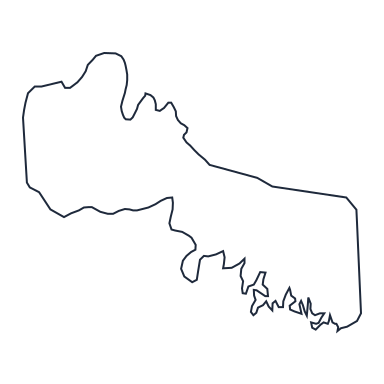 Bagan Datuk, Perak, Malaysia
{"feature_id": "92858781B98858814885559", "entity_name": "Bagan Datuk", "entity_type": "district", "adm_level": 2, "iso_a3": "MYS", "parent_name": "Malaysia", "parent_adm1": "Perak", "projection": "equal_earth", "projection_center": [100.991, 3.877], "detail": "fine", "context": "isolated", "style": "outline", "palette": "slate", "viewbox_px": 384, "rotation_deg": 0, "n_neighbors": 0, "source": "geoboundaries", "source_scale": "gbopen_adm2", "svg_char_len": 2540}
<svg xmlns="http://www.w3.org/2000/svg" viewBox="0 0 384 384"><path d="M104.2,53.0L96.0,55.8L92.8,59.7L87.8,64.9L85.7,71.2L82.1,76.9L77.5,82.2L73.2,85.5L70.0,87.9L67.9,87.9L65.1,87.9L61.5,81.7L41.6,86.5L34.8,86.5L28.0,93.2L25.5,102.7L24.1,109.9L23.0,117.6L26.9,182.6L29.8,187.4L39.1,192.2L50.4,209.4L64.0,217.1L71.1,213.3L78.9,210.4L83.9,207.5L88.9,207.1L91.8,207.1L100.3,211.8L107.8,213.8L113.1,213.8L118.8,210.9L124.9,209.0L129.5,209.4L133.1,210.4L137.0,210.4L148.4,207.5L155.5,204.2L160.8,200.8L166.9,198.0L172.2,197.5L172.9,202.7L172.6,209.4L170.8,216.6L169.4,223.3L171.5,229.5L175.1,230.5L182.2,231.9L189.0,235.8L191.5,237.7L195.7,244.9L195.4,249.7L191.1,252.0L186.5,255.9L182.9,260.7L181.1,268.8L184.3,276.5L192.2,282.2L196.8,279.8L198.2,270.7L200.0,259.7L203.9,255.9L208.2,256.4L216.0,254.4L223.1,251.1L224.6,257.3L223.9,264.0L223.1,268.3L231.7,267.8L239.5,263.5L244.5,258.7L244.5,263.1L241.3,268.8L240.6,276.0L243.1,281.2L242.0,288.4L242.7,293.2L245.9,293.7L248.4,286.5L253.8,284.6L256.3,280.3L260.2,272.1L265.5,272.6L263.4,279.3L262.7,284.6L267.3,288.9L268.0,296.1L265.2,296.1L256.6,290.3L253.8,289.9L254.1,295.6L255.6,299.9L252.0,306.1L250.9,311.9L253.4,315.2L256.3,312.8L258.0,307.6L263.0,305.2L266.2,301.3L268.7,306.6L272.3,310.4L272.6,303.3L275.5,300.9L278.7,307.1L283.0,307.1L283.3,301.3L285.8,294.6L289.4,287.9L290.1,289.9L291.2,295.6L295.1,298.5L295.4,301.3L289.7,305.7L290.1,309.5L294.4,311.4L301.5,313.8L299.4,304.2L301.1,300.9L302.9,305.2L304.7,311.4L306.8,315.7L307.9,303.7L308.3,297.5L310.7,303.7L310.4,309.0L312.2,313.3L315.0,315.2L320.0,313.3L324.3,313.3L321.4,317.6L318.6,322.9L316.1,323.8L311.1,322.4L312.2,327.7L315.7,329.6L320.4,324.8L323.6,322.4L327.8,323.8L328.9,321.0L330.0,315.2L332.5,322.4L335.0,323.8L336.4,323.8L338.2,327.2L337.5,331.0L341.0,328.2L347.1,326.7L357.0,321.0L361.0,313.3L357.0,222.4L356.4,209.7L346.3,197.5L272.3,186.5L257.3,177.9L209.6,164.9L205.0,159.7L198.6,154.4L194.3,150.1L190.4,145.8L186.5,142.4L183.3,137.7L184.0,134.8L186.5,132.4L187.5,128.1L184.3,125.2L180.8,123.3L177.9,120.0L176.1,116.1L175.8,111.3L173.7,107.0L171.2,102.7L168.3,102.7L164.0,108.0L161.9,109.4L159.8,110.9L155.8,109.9L155.8,104.2L154.8,100.3L153.4,97.5L150.5,95.1L145.5,93.4L145.2,95.7L143.1,98.1L138.1,104.9L137.0,108.9L134.9,113.1L132.7,117.4L130.4,119.6L125.8,119.3L124.2,117.7L122.9,114.7L121.7,111.0L121.0,106.7L122.4,100.9L124.9,92.9L125.6,89.3L126.7,85.0L127.2,80.1L127.2,74.6L126.5,70.3L125.6,65.7L124.9,62.9L123.6,59.6L121.3,56.2L115.6,53.4L104.2,53.0Z" fill="none" stroke="#1e293b" stroke-width="2"/></svg>